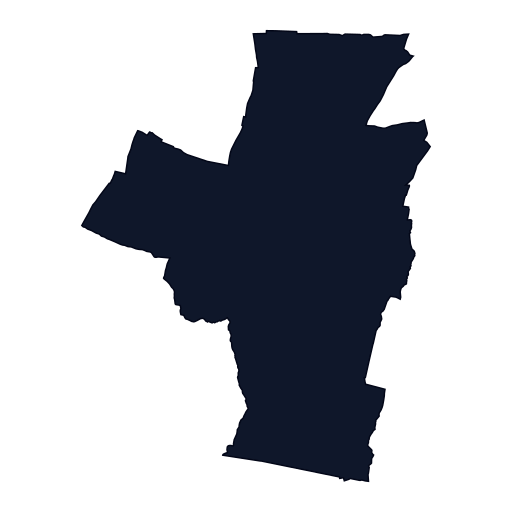 the district of Bang Phli, Samut Prakan, Thailand
{"feature_id": "78962969B84891399333376", "entity_name": "Bang Phli", "entity_type": "district", "adm_level": 2, "iso_a3": "THA", "parent_name": "Thailand", "parent_adm1": "Samut Prakan", "projection": "albers", "projection_center": [100.716, 13.615], "detail": "fine", "context": "isolated", "style": "filled", "palette": "ink", "viewbox_px": 512, "rotation_deg": 0, "n_neighbors": 0, "source": "geoboundaries", "source_scale": "gbopen_adm2", "svg_char_len": 6048}
<svg xmlns="http://www.w3.org/2000/svg" viewBox="0 0 512 512"><path d="M385.0,389.3L366.4,384.4L365.7,384.5L365.0,381.9L364.5,378.8L364.2,377.8L365.2,377.7L365.4,377.3L369.1,360.7L372.8,344.7L373.3,343.1L376.1,330.6L377.3,328.9L378.0,327.5L379.5,326.4L380.1,325.3L380.1,322.4L381.5,319.6L381.7,318.9L381.3,316.2L380.6,314.6L380.8,313.2L381.3,312.2L382.9,311.1L384.2,309.3L387.0,301.2L387.8,300.4L388.7,298.7L390.5,296.3L395.9,297.1L397.3,297.7L400.2,299.2L400.7,297.2L400.2,291.9L400.6,289.9L401.1,288.3L401.5,287.7L403.3,286.2L404.3,284.8L405.8,284.3L406.4,283.8L406.5,282.0L406.8,280.7L406.5,279.6L406.6,279.2L407.3,278.0L406.8,276.5L408.0,275.5L408.4,274.2L408.1,271.6L410.4,268.4L410.1,267.0L411.0,265.8L410.7,264.5L411.1,263.2L411.1,262.2L413.4,258.5L413.5,257.6L414.8,255.7L414.6,254.4L414.9,253.5L414.3,251.4L413.8,250.7L411.9,249.0L410.7,245.1L410.4,243.9L409.8,238.3L409.4,233.6L410.5,232.7L410.0,231.5L409.9,230.8L410.8,229.5L411.5,227.7L411.4,224.7L411.7,223.8L411.3,223.4L411.7,221.5L411.6,220.4L411.4,220.1L410.4,219.7L408.7,219.9L407.3,219.8L408.5,213.8L409.1,209.3L408.6,208.3L408.6,207.1L402.8,206.2L404.4,198.6L405.6,195.0L406.3,195.1L407.8,190.1L409.3,186.6L409.4,185.8L409.3,185.3L405.7,185.1L409.5,181.6L412.8,178.0L415.7,169.7L416.7,165.5L427.5,150.9L430.2,146.6L426.8,142.3L423.7,140.4L426.8,135.1L427.2,133.5L427.2,132.8L424.1,120.0L419.2,122.4L418.1,122.7L416.9,122.9L415.0,122.6L410.5,122.5L408.1,122.9L402.3,123.6L397.2,124.9L392.3,125.6L390.3,126.3L385.3,128.2L382.9,128.2L377.5,127.1L374.6,126.0L369.0,125.8L365.9,125.4L367.3,120.8L370.1,115.7L373.3,110.7L374.8,108.7L377.4,104.6L380.2,100.8L383.4,94.6L386.7,86.8L393.7,75.7L396.0,71.4L397.5,69.0L398.8,67.6L402.6,64.9L403.4,64.4L405.6,63.6L408.3,61.6L409.2,60.8L412.6,56.6L413.2,56.1L409.7,55.1L407.6,51.9L406.0,50.6L405.3,50.5L403.7,48.8L403.8,48.1L406.5,39.1L408.6,34.1L403.6,34.4L400.1,35.5L385.0,34.8L383.9,35.2L382.4,36.4L373.4,37.1L372.7,36.9L370.5,34.9L368.7,34.4L363.8,34.4L362.5,35.0L361.5,35.1L360.9,35.0L360.1,34.5L345.2,34.1L344.6,34.3L342.4,35.7L339.1,34.5L329.8,34.3L327.3,33.5L322.7,33.6L297.0,33.7L296.6,31.6L275.2,30.8L266.5,30.7L266.3,33.5L253.3,33.8L254.9,44.0L255.5,49.3L256.5,55.0L256.6,57.2L257.5,61.5L258.3,67.6L255.6,67.7L253.3,80.9L253.7,81.0L252.9,90.3L251.1,95.8L250.2,97.4L247.6,103.4L246.7,108.1L245.8,114.9L245.7,117.0L243.7,116.6L241.9,125.3L242.0,125.5L243.0,125.9L243.1,126.1L242.0,129.2L240.4,132.7L236.0,140.3L231.6,149.1L230.5,152.3L229.7,156.1L228.9,161.1L228.4,165.5L207.3,161.4L187.0,154.6L183.4,152.6L180.6,150.0L178.2,149.1L175.1,148.4L173.3,147.5L173.4,146.7L173.2,146.6L161.1,141.8L162.0,139.7L160.4,138.8L154.5,135.0L152.2,132.8L151.2,132.8L149.8,132.0L149.6,132.0L147.1,135.4L142.2,132.3L138.3,130.8L137.7,130.7L134.2,138.0L133.8,139.5L133.1,141.3L132.0,144.8L131.0,149.0L128.0,156.5L127.8,158.5L125.6,173.8L115.2,171.4L114.1,175.2L113.9,175.2L112.4,179.2L111.9,180.3L111.7,180.2L110.3,183.3L109.5,183.2L109.2,183.3L100.0,195.4L95.7,201.7L92.9,204.9L90.8,208.9L89.0,212.6L84.3,220.9L81.8,225.5L83.3,226.9L85.2,227.3L87.7,229.1L91.5,230.5L96.2,233.1L99.1,234.0L100.0,234.7L101.0,235.7L101.5,236.1L104.5,237.0L107.4,238.8L109.3,239.4L115.2,241.9L120.4,244.3L122.5,245.0L124.7,245.3L127.9,246.6L131.2,246.9L136.0,248.8L139.1,249.4L142.4,249.6L144.6,250.4L146.7,251.4L150.4,252.0L151.5,252.7L153.9,256.4L154.3,256.9L154.9,257.2L156.0,257.3L157.8,257.0L159.1,257.0L169.9,258.0L167.2,264.0L166.3,267.9L165.5,270.4L164.6,275.9L163.7,277.6L163.6,278.3L164.2,279.0L167.1,281.3L168.8,283.1L169.7,284.1L171.6,287.2L173.0,288.5L173.5,289.3L174.2,290.6L174.5,292.1L174.3,294.1L174.4,296.1L174.2,297.9L174.7,299.8L175.2,303.8L175.5,304.3L176.0,304.6L178.6,305.0L179.8,305.3L180.3,305.7L180.9,308.6L180.3,310.1L180.3,311.7L180.9,314.6L183.8,315.3L184.9,317.7L185.8,318.9L188.2,319.6L189.4,320.3L190.4,320.6L191.3,321.3L193.7,321.8L194.7,321.6L197.3,320.4L200.6,318.6L202.7,318.3L204.0,318.8L204.3,319.3L205.0,319.9L205.7,321.0L206.8,321.4L207.4,322.0L207.7,322.0L208.3,321.3L208.7,321.2L209.8,322.0L212.1,322.9L213.2,322.1L214.5,322.7L214.8,322.7L215.9,321.9L217.2,321.8L218.1,321.0L218.7,321.0L219.4,320.5L220.3,321.0L220.9,321.0L222.5,320.0L223.9,319.7L225.6,318.9L227.1,317.7L227.4,317.7L228.5,319.6L229.8,321.0L230.1,321.8L230.0,322.6L229.7,323.4L228.8,324.8L228.3,326.4L228.5,329.8L229.6,330.7L230.0,331.3L230.2,332.8L231.2,334.7L231.1,336.7L230.4,339.1L230.3,340.5L230.5,341.1L231.3,341.9L231.6,342.6L231.8,346.1L232.1,348.0L232.8,349.8L234.1,351.7L234.5,352.6L235.2,354.8L234.9,355.7L235.2,356.4L235.0,357.3L235.7,359.1L237.3,364.4L237.9,365.1L237.7,366.4L237.9,367.8L238.8,369.1L238.8,370.0L239.0,370.7L238.2,372.9L238.3,375.5L237.8,376.5L237.6,377.4L238.7,381.7L239.4,383.8L239.2,385.1L240.8,388.1L242.4,390.4L242.4,392.0L242.8,393.5L243.5,394.4L246.2,398.7L246.3,399.3L245.5,400.3L245.5,400.9L246.4,403.5L247.0,404.5L247.2,406.5L248.0,407.7L248.2,408.3L247.9,409.1L245.8,412.2L245.0,414.0L244.1,415.6L243.1,418.2L241.0,420.0L239.6,423.0L239.2,425.2L239.1,426.9L237.3,429.7L237.2,431.4L236.8,434.0L234.2,439.7L233.5,443.7L233.5,445.4L233.4,445.7L233.1,445.9L232.6,445.9L231.0,445.5L229.7,445.5L228.6,445.7L227.9,446.1L227.3,446.9L227.0,449.3L227.0,449.9L227.5,452.0L227.4,452.7L226.9,452.9L226.1,452.9L225.7,453.4L225.1,453.4L224.1,453.8L223.0,454.5L222.8,455.2L260.4,461.0L261.2,461.0L339.2,476.9L339.5,477.2L339.6,478.1L339.7,478.4L343.0,477.8L343.5,477.9L344.3,480.8L348.9,479.3L349.9,478.6L350.4,478.5L359.3,480.3L360.0,480.4L361.9,480.0L365.3,480.9L368.5,481.3L368.0,474.6L368.4,473.2L369.2,467.5L368.6,465.9L369.1,465.2L370.9,463.8L371.5,463.1L371.6,458.7L372.1,457.7L373.0,456.4L373.6,455.0L372.9,454.5L371.6,452.5L371.9,450.5L371.6,449.8L367.8,446.0L367.8,444.1L368.4,442.8L368.5,440.3L369.2,439.0L369.2,437.9L369.5,436.9L370.9,434.4L372.3,432.5L373.4,430.5L375.0,429.4L374.8,427.5L375.6,423.9L375.4,422.7L375.8,421.5L375.8,420.2L379.1,416.2L379.1,415.7L379.0,414.3L379.2,413.0L381.1,409.9L382.1,407.4L382.7,405.4L383.6,400.5L384.3,395.8L384.4,393.3L385.0,389.3Z" fill="#0f172a" stroke="#020617" stroke-width="1.5"/></svg>